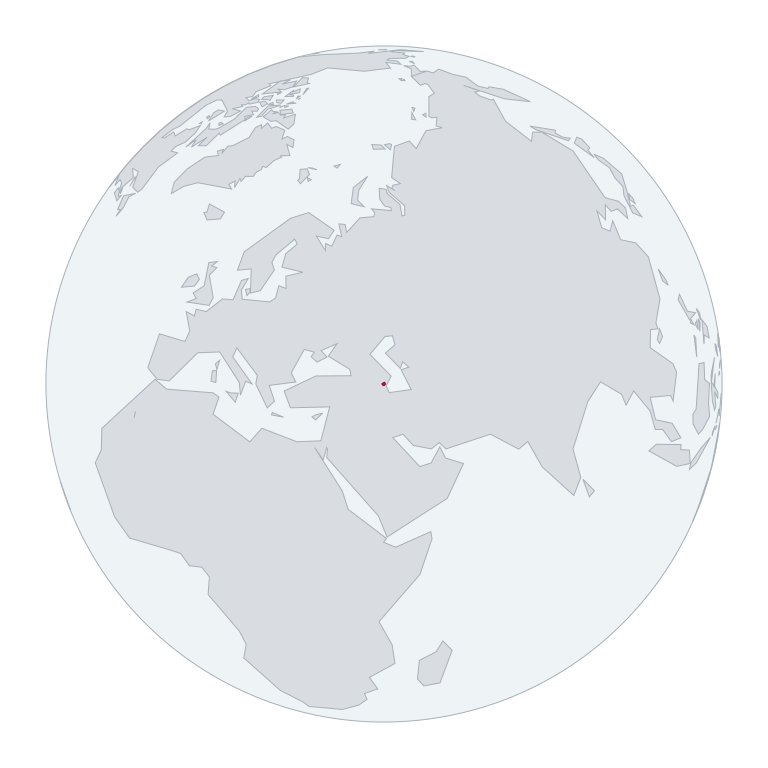 Cəlilabad highlighted on a globe, orthographic projection, rotated 348°
{"feature_id": "AZE-1700", "entity_name": "Cəlilabad", "entity_type": "District", "adm_level": 1, "iso_a3": "AZE", "parent_name": "Azerbaijan", "parent_adm1": "", "projection": "orthographic", "projection_center": [48.489, 39.203], "detail": "fine", "context": "on_globe", "style": "filled", "palette": "rose", "viewbox_px": 768, "rotation_deg": 348, "n_neighbors": 0, "source": "natural_earth", "source_scale": "10m", "svg_char_len": 11337}
<svg xmlns="http://www.w3.org/2000/svg" viewBox="0 0 768 768"><g transform="rotate(348 384 384)"><circle cx="384" cy="384" r="338" fill="#eef3f6" stroke="#a8b0b8"/><path d="M366.7,46.5L368.8,46.4L392.0,49.0L428.2,55.1L443.8,56.4L437.2,57.4L469.6,60.4L491.9,67.1L464.0,60.2L459.2,60.2L473.1,64.6L471.1,65.7L476.6,68.7L473.0,69.9L457.0,66.7L454.4,67.7L464.3,70.9L467.0,74.8L452.8,69.8L455.9,76.3L429.8,74.0L394.6,63.1L377.4,66.0L334.0,66.5L335.3,68.7L319.6,71.5L315.3,75.4L308.5,75.2L310.9,78.7L317.9,78.2L321.3,79.8L319.4,82.3L310.4,82.2L310.1,80.9L306.4,82.2L302.7,81.2L303.5,83.2L292.8,83.2L300.4,87.1L289.4,90.4L283.1,89.5L287.7,84.5L284.5,72.5L279.5,71.5L267.9,74.3L237.7,89.4L230.6,91.0L218.1,96.8L220.1,97.8L230.7,93.8L231.4,97.9L244.2,93.4L246.4,94.8L258.0,93.0L251.9,99.0L239.7,106.2L229.8,108.3L224.2,111.9L230.1,115.0L208.3,125.0L188.1,142.7L182.9,145.2L179.1,139.3L187.9,125.2L182.9,120.9L181.7,130.0L168.8,137.2L164.8,141.4L163.0,145.1L166.1,145.0L160.8,149.3L160.0,141.0L164.8,137.0L165.0,139.4L169.1,133.2L168.4,129.2L162.0,134.0L167.9,125.2L163.3,128.8L162.0,129.5L168.9,124.1L156.7,134.0L157.2,133.5L176.9,117.0L197.8,102.0L219.8,88.7L242.7,77.1L266.4,67.2L290.8,59.2L315.8,53.0L341.1,48.8L366.7,46.5ZM47.2,412.0L49.6,432.2L51.2,442.5L47.2,412.0ZM372.2,46.3L371.8,46.3L372.2,46.3ZM390.0,46.6L384.8,46.6L382.8,46.2L386.4,46.3L390.0,46.6ZM455.5,57.6L447.8,55.8L455.9,57.3L455.5,57.6ZM478.0,69.0L480.9,69.3L482.5,70.8L478.0,69.0ZM260.5,89.9L259.2,91.4L257.7,90.9L260.5,89.9ZM266.7,87.9L265.9,86.3L268.7,85.1L269.2,86.1L266.7,87.9ZM478.6,74.3L480.4,77.0L475.8,73.6L478.6,74.3ZM267.1,90.2L273.9,83.3L278.9,81.4L284.7,83.9L267.1,90.2ZM479.7,78.3L484.4,85.8L491.0,86.8L474.8,88.8L476.2,81.3L469.4,76.7L476.2,78.8L479.7,78.3ZM321.0,77.1L313.4,77.6L321.5,75.0L321.0,77.1ZM325.4,75.0L345.4,66.1L355.7,67.0L346.9,69.5L361.6,69.5L356.7,74.3L347.6,75.4L341.9,73.7L344.4,77.0L325.4,75.0ZM465.1,89.0L463.9,90.7L462.1,88.4L465.1,89.0ZM323.3,80.2L326.5,78.1L335.6,78.7L331.0,83.1L329.5,81.5L323.3,80.2ZM367.8,67.4L373.8,69.0L371.5,73.2L373.5,74.5L357.5,74.6L367.8,67.4ZM326.5,82.6L328.4,85.5L322.4,87.6L320.9,82.4L326.5,82.6ZM339.9,77.1L344.0,77.7L340.2,78.7L339.9,77.1ZM302.0,97.9L305.6,94.7L310.6,94.7L302.0,97.9ZM329.5,86.4L331.6,85.7L334.0,85.5L334.0,87.8L329.5,86.4ZM357.0,77.8L354.8,79.4L363.4,77.9L362.1,81.4L351.6,81.0L355.6,82.7L355.2,83.8L347.1,82.3L357.0,77.8ZM341.2,89.7L327.5,91.1L319.8,96.6L315.0,96.7L328.3,87.9L341.2,89.7ZM345.4,85.4L341.7,88.0L337.7,86.5L337.7,83.8L345.4,85.4ZM364.9,84.1L369.7,78.8L371.8,79.1L364.9,84.1ZM339.7,91.5L343.1,91.2L339.7,92.1L339.7,91.5ZM358.1,86.6L359.5,84.5L361.8,85.0L358.1,86.6ZM348.6,92.4L344.2,92.8L344.0,90.8L348.6,92.4ZM353.6,90.0L356.5,91.1L346.7,89.9L353.8,89.0L353.6,90.0ZM360.1,87.3L361.9,86.9L359.1,88.1L360.1,87.3ZM351.6,100.0L339.3,99.1L339.0,94.6L351.0,96.0L351.6,100.0ZM92.9,458.1L85.2,401.1L93.8,389.6L98.8,368.7L161.0,331.8L170.4,343.9L215.0,357.1L219.9,362.5L210.5,378.0L240.7,412.7L255.3,401.9L286.8,422.4L310.4,426.4L326.1,395.1L287.5,387.8L284.9,370.1L319.1,362.0L353.5,369.1L353.6,362.5L335.3,345.2L346.7,334.7L329.4,338.3L333.8,345.8L323.1,348.7L318.4,342.1L322.6,338.4L313.2,333.6L295.6,353.8L298.2,363.7L271.5,361.5L273.3,378.0L264.8,383.1L258.6,357.3L261.9,349.2L247.6,318.1L241.7,326.1L254.9,356.4L249.2,352.6L241.3,365.0L242.8,352.5L230.0,318.5L208.3,314.7L174.5,336.3L163.1,332.2L156.3,319.0L174.8,288.3L198.2,301.0L205.1,291.6L205.6,272.0L212.7,278.0L215.8,271.9L225.2,276.2L243.6,267.2L253.9,270.2L266.2,253.0L273.1,252.6L263.9,262.6L263.0,271.6L289.2,279.9L295.8,277.4L301.6,266.0L308.1,270.2L310.4,258.1L328.0,257.8L308.5,248.5L314.9,236.2L328.2,229.1L326.8,223.7L305.1,235.3L299.6,241.7L300.5,249.6L282.4,267.0L272.3,267.3L278.0,243.8L264.3,242.2L274.7,225.7L326.9,202.5L346.1,200.7L367.2,223.3L359.9,230.3L348.6,225.3L354.4,241.2L356.1,234.4L361.5,238.4L369.0,228.6L373.2,231.0L373.2,218.0L379.1,219.9L379.0,228.1L395.1,216.5L408.8,218.2L410.5,214.5L408.3,210.1L427.2,215.9L427.5,213.0L421.5,209.9L418.3,202.3L420.0,191.5L426.5,194.1L426.7,198.3L436.9,211.6L436.6,223.3L439.4,223.3L441.2,213.9L428.8,197.5L428.0,190.4L435.0,197.2L432.4,194.1L434.0,191.4L441.7,191.4L434.4,183.7L443.6,153.7L459.3,151.6L464.5,160.4L477.7,144.9L494.3,145.5L488.7,142.4L491.3,134.1L486.1,133.6L483.6,131.6L487.7,112.1L493.7,110.2L489.1,100.0L486.3,98.6L481.6,99.3L474.8,88.8L491.0,86.8L496.7,89.9L503.0,87.4L515.1,95.1L528.0,101.0L537.7,112.1L547.1,116.5L548.4,115.1L562.2,120.6L585.9,138.3L560.7,129.9L524.0,108.5L538.5,117.3L533.4,117.4L537.5,122.1L547.8,128.6L550.1,128.0L557.5,152.3L578.8,177.4L581.7,168.6L590.7,170.4L617.4,195.4L639.0,247.7L651.3,254.0L656.8,262.0L656.8,272.8L648.7,261.2L642.2,262.4L637.7,254.8L634.9,269.4L628.3,259.1L629.4,276.3L636.8,281.6L641.7,271.9L645.5,292.1L659.6,298.3L669.0,314.6L671.6,358.3L662.6,380.9L663.6,387.1L656.0,386.2L651.9,403.8L671.0,424.4L672.6,433.4L663.2,460.9L661.9,454.8L641.6,452.3L642.2,475.4L657.7,482.3L663.2,498.3L653.2,500.1L647.1,486.4L639.9,484.9L638.7,465.8L626.8,442.7L616.4,455.0L614.3,443.5L596.2,426.9L579.7,443.6L555.4,486.8L557.0,516.3L546.5,532.6L521.5,497.9L512.7,470.2L502.2,475.7L477.7,455.2L431.1,460.4L425.9,452.7L416.8,457.3L399.8,450.2L392.3,437.1L381.4,438.2L401.8,472.2L413.7,471.0L425.5,457.1L428.8,469.2L445.3,478.3L422.1,509.0L355.2,534.3L351.1,511.9L312.6,443.8L315.1,436.6L315.0,435.8L314.7,434.2L308.7,445.6L302.9,431.7L320.9,479.9L322.9,499.1L354.3,535.6L350.7,538.8L361.5,546.1L399.1,538.1L398.8,545.4L379.6,577.7L329.7,615.4L337.7,640.7L336.6,659.6L308.7,667.9L314.5,680.9L300.5,682.7L301.9,688.9L292.5,692.8L275.8,693.7L243.7,683.9L239.0,678.5L218.9,662.2L189.9,622.9L195.1,610.0L191.1,595.5L168.2,553.4L173.1,536.4L167.6,525.3L155.9,521.3L150.0,507.7L143.2,503.5L103.1,481.8L92.9,458.1ZM135.3,359.1L132.6,365.0L135.3,359.1ZM387.3,393.5L409.5,395.1L403.7,373.6L411.8,372.7L406.9,366.1L403.2,372.1L391.8,354.0L402.9,347.9L402.3,338.6L394.9,337.7L376.4,352.1L392.6,377.7L385.7,386.3L387.3,393.5ZM168.9,137.7L168.8,138.5L165.9,142.7L165.3,141.7L168.9,137.7ZM165.3,157.7L156.8,164.2L162.4,158.5L159.8,157.8L168.4,145.7L180.8,145.8L173.7,147.6L165.3,157.7ZM183.4,130.6L176.5,137.6L183.5,130.0L183.4,130.6ZM223.7,237.3L225.2,243.2L219.0,248.8L206.0,247.2L214.8,238.9L223.7,237.3ZM228.6,250.5L237.9,228.8L246.4,229.6L240.0,232.7L244.7,235.4L235.8,241.2L234.8,264.1L229.3,270.7L208.3,262.9L218.2,261.4L216.2,255.4L228.6,250.5ZM246.6,179.0L250.7,171.6L263.7,182.7L258.4,188.5L245.0,186.7L243.5,178.9L246.6,179.0ZM276.2,96.7L276.9,94.5L279.4,94.4L280.8,96.1L276.2,96.7ZM303.3,96.4L275.6,106.6L275.0,104.4L259.5,114.0L252.0,112.3L262.3,105.9L244.9,112.3L251.1,105.9L239.5,111.0L263.2,97.1L268.2,92.3L265.5,98.2L272.3,99.8L276.7,99.1L293.0,93.6L307.0,84.8L315.9,85.7L318.6,88.7L316.6,90.9L311.4,89.5L312.4,93.5L303.4,93.3L303.3,96.4ZM344.0,133.8L338.8,129.4L339.4,141.0L330.3,139.3L331.0,140.8L322.8,142.6L314.0,147.7L310.5,146.0L308.6,148.8L303.1,150.3L299.3,153.7L291.7,152.1L286.4,156.2L285.8,153.1L278.7,160.8L280.5,154.5L273.7,156.5L275.5,161.6L243.7,148.4L229.0,149.1L215.6,153.5L220.6,143.1L236.2,132.7L256.1,124.8L269.6,126.1L269.4,121.6L275.8,121.1L273.3,124.9L280.9,118.8L285.5,119.5L303.2,114.8L311.5,106.5L318.1,104.9L317.2,108.6L324.5,104.5L327.3,110.5L332.1,109.7L339.7,115.1L335.1,123.3L340.8,121.8L346.8,126.4L344.0,133.8ZM353.4,101.7L350.0,110.9L343.3,114.8L333.0,103.8L328.2,103.7L321.3,97.6L331.1,92.3L332.1,94.4L335.5,95.3L331.1,96.6L337.1,96.3L338.7,99.4L343.8,100.2L341.3,102.9L353.4,101.7ZM228.1,358.4L232.3,360.9L239.6,362.7L234.7,370.9L228.1,358.4ZM218.8,335.4L223.1,335.9L219.8,347.6L215.4,345.3L218.8,335.4ZM228.2,326.6L223.5,335.0L223.4,329.1L228.2,326.6ZM268.1,262.7L272.9,262.8L272.4,265.8L268.4,269.1L268.1,262.7ZM343.9,170.7L341.9,166.8L344.0,165.8L346.6,156.6L353.5,157.5L354.7,163.5L343.9,170.7ZM318.0,399.7L309.6,404.9L306.7,401.2L310.2,400.1L318.0,399.7ZM268.9,388.6L278.9,395.6L267.5,390.8L268.9,388.6ZM351.8,170.1L352.0,166.1L355.3,169.1L351.8,170.1ZM358.7,157.8L363.0,160.5L354.6,156.6L358.7,157.8ZM461.3,713.0L462.0,712.8L462.8,712.6L461.3,713.0ZM395.3,658.7L376.6,688.0L360.2,687.6L355.4,679.5L361.1,661.7L379.5,656.7L388.1,647.5L395.3,658.7ZM698.1,497.9L701.0,493.3L700.7,494.7L698.1,497.9ZM695.2,499.6L699.1,493.6L694.0,503.3L695.2,499.6ZM700.6,491.3L704.5,482.5L706.3,477.7L705.6,480.6L700.6,491.3ZM692.2,504.0L673.3,525.9L665.0,531.1L667.7,524.9L681.2,512.2L692.2,504.0ZM667.0,525.4L653.2,525.4L629.2,504.5L637.9,499.6L662.0,505.0L660.6,509.9L669.0,512.2L667.0,525.4ZM697.4,470.5L695.8,483.3L686.1,494.8L681.2,498.4L678.0,487.4L679.9,477.7L684.1,473.5L696.4,429.6L701.5,429.6L698.6,446.3L702.5,451.1L697.4,470.5ZM558.8,518.5L567.6,532.1L561.4,537.2L558.8,518.5ZM698.5,403.7L695.5,422.7L697.3,400.5L698.5,403.7ZM697.8,385.0L699.5,390.5L696.3,387.8L697.8,385.0ZM666.3,395.6L662.0,401.6L660.5,397.5L665.0,387.4L666.3,395.6ZM676.2,328.6L681.4,341.2L682.5,346.4L678.0,341.1L676.2,328.6ZM411.1,177.5L399.9,188.8L396.3,198.7L401.5,206.5L389.4,200.8L394.8,185.5L411.1,177.5ZM438.9,156.1L434.3,150.1L439.4,150.0L441.2,151.4L438.9,156.1ZM433.9,154.3L422.4,152.2L421.9,147.2L431.1,149.8L433.9,154.3ZM386.9,160.1L383.1,163.2L380.5,160.5L386.9,160.1ZM657.0,583.1L658.7,580.8L660.2,578.7L667.6,566.7L687.2,533.1L703.4,494.3L704.1,492.3L695.0,516.2L684.0,539.5L671.4,561.8L657.0,583.1ZM705.2,485.1L710.3,468.3L712.0,463.1L705.2,485.1ZM720.1,418.8L719.5,423.2L719.3,421.0L720.5,412.0L718.6,417.9L720.8,404.3L720.9,410.7L721.3,403.9L720.1,418.8ZM714.7,440.8L714.3,444.2L713.4,444.7L714.7,440.8ZM716.0,435.3L718.2,430.0L715.6,438.7L716.0,435.3ZM704.8,450.0L706.1,454.8L710.2,442.6L707.0,455.0L708.8,461.6L707.5,467.8L705.9,460.2L703.8,475.1L701.9,478.2L701.7,468.8L704.2,451.6L706.0,442.6L712.8,426.4L704.8,450.0ZM716.3,426.6L715.6,420.5L716.0,413.2L716.9,415.2L716.3,426.6ZM711.6,406.7L707.5,402.6L705.3,411.6L708.4,387.2L712.0,395.1L711.6,406.7ZM705.9,389.9L704.0,398.2L705.0,385.1L705.9,389.9ZM702.7,396.2L700.9,389.8L703.2,386.9L702.7,396.2ZM707.2,387.7L705.1,375.0L707.5,379.9L707.2,387.7ZM696.0,375.9L703.5,379.1L696.3,384.9L689.2,362.7L691.7,357.7L696.0,375.9ZM667.1,259.7L662.6,254.5L663.0,248.9L666.0,254.0L667.1,259.7ZM660.2,227.9L661.7,245.8L662.1,261.2L665.1,261.0L670.9,273.9L662.9,268.4L657.9,250.0L658.7,240.4L652.7,230.5L649.5,219.3L640.6,209.8L637.2,202.9L645.5,208.8L660.2,227.9ZM636.7,206.2L620.2,188.0L623.8,182.7L628.2,185.4L634.3,195.8L632.1,197.9L636.7,206.2ZM617.3,182.3L614.9,184.4L585.6,166.9L580.4,162.1L604.5,171.4L603.6,174.1L610.1,179.7L617.3,182.3ZM467.6,91.6L464.2,90.8L467.1,90.2L467.6,91.6ZM480.7,131.6L477.8,128.8L481.2,127.8L480.7,131.6ZM471.6,120.6L469.7,123.6L469.0,119.3L471.6,120.6ZM466.0,130.9L467.7,124.3L469.9,132.2L466.0,130.9Z" fill="#d9dde1" stroke="#a8b0b8" stroke-width="1"/><path d="M383.1,385.1L383.2,384.9L383.0,384.6L382.9,384.5L382.7,384.4L382.4,384.1L382.2,383.8L382.3,383.6L382.3,383.4L382.5,383.3L382.6,383.2L382.9,383.2L383.2,383.0L383.3,383.0L383.3,383.3L383.5,383.4L383.8,383.2L384.0,383.1L384.1,382.9L384.4,383.1L384.4,383.3L384.6,383.4L384.7,383.0L384.7,382.9L384.8,382.9L384.9,382.7L385.0,382.7L385.0,382.8L385.3,382.8L385.1,382.9L385.0,383.1L385.0,383.3L385.0,383.6L385.2,383.9L385.2,384.3L384.9,384.4L384.7,384.4L384.7,384.6L384.8,384.7L384.7,384.8L384.4,384.9L384.3,385.0L384.2,385.2L383.9,385.3L383.8,385.1L383.7,385.0L383.4,385.1L383.1,385.1Z" fill="#f43f5e" stroke="#9f1239" stroke-width="1.5"/></g></svg>